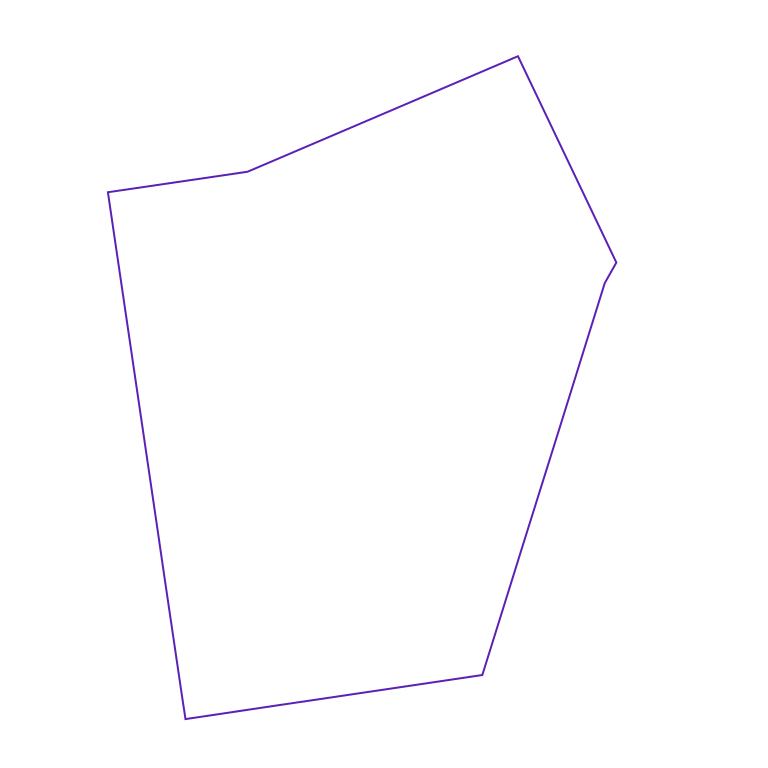 Coober Pedy, South Australia, Australia (Robinson projection), rotated 81°
{"feature_id": "25037944B54111637534658", "entity_name": "Coober Pedy", "entity_type": "district", "adm_level": 2, "iso_a3": "AUS", "parent_name": "Australia", "parent_adm1": "South Australia", "projection": "robinson", "projection_center": [134.769, -29.011], "detail": "fine", "context": "isolated", "style": "outline", "palette": "violet", "viewbox_px": 768, "rotation_deg": 81, "n_neighbors": 0, "source": "geoboundaries", "source_scale": "gbopen_adm2", "svg_char_len": 392}
<svg xmlns="http://www.w3.org/2000/svg" viewBox="0 0 768 768"><g transform="rotate(81 384 384)"><path d="M569.4,274.3L453.2,216.6L318.9,150.2L300.4,135.5L81.2,200.4L117.5,344.4L153.0,485.6L151.4,626.7L488.1,630.4L535.6,631.0L600.6,631.7L667.9,632.4L673.7,632.4L675.6,632.4L683.9,632.5L684.7,543.2L686.8,332.4L601.8,290.3L569.4,274.3Z" fill="none" stroke="#5b21b6" stroke-width="2"/></g></svg>